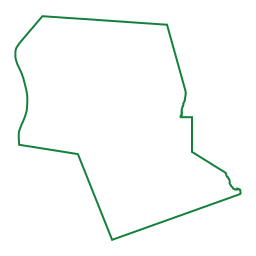 the district of Arauco, La Rioja, Argentina
{"feature_id": "61730980B43357395590927", "entity_name": "Arauco", "entity_type": "district", "adm_level": 2, "iso_a3": "ARG", "parent_name": "Argentina", "parent_adm1": "La Rioja", "projection": "mercator", "projection_center": [-66.591, -28.559], "detail": "fine", "context": "isolated", "style": "outline", "palette": "green", "viewbox_px": 256, "rotation_deg": 0, "n_neighbors": 0, "source": "geoboundaries", "source_scale": "gbopen_adm2", "svg_char_len": 2878}
<svg xmlns="http://www.w3.org/2000/svg" viewBox="0 0 256 256"><path d="M240.0,194.1L239.9,193.8L240.6,193.2L240.6,192.9L240.6,192.5L240.6,192.4L240.5,192.1L240.4,191.8L240.4,191.5L240.4,191.4L240.3,191.0L240.3,190.8L240.3,190.5L240.2,190.2L240.2,189.9L239.7,189.4L239.2,189.5L238.8,189.2L238.5,188.9L238.2,188.8L237.8,188.7L237.7,188.7L237.3,188.6L237.3,189.1L237.3,189.3L237.3,189.5L237.1,189.6L236.8,189.6L236.5,189.6L236.4,189.6L236.1,189.5L236.1,189.4L235.8,189.4L235.7,189.4L235.3,189.5L235.2,189.5L234.9,189.5L234.7,189.4L234.6,189.2L234.1,189.1L233.9,188.9L233.7,188.8L233.4,188.8L233.2,188.6L233.1,188.4L232.9,188.2L232.7,187.8L232.7,187.7L232.5,187.3L232.3,187.1L231.9,186.8L231.8,186.7L231.3,186.2L231.0,185.9L230.7,185.0L230.2,184.4L229.7,183.6L229.5,182.8L229.7,182.2L229.8,181.8L229.7,180.9L229.4,180.1L229.2,179.1L228.5,178.7L228.2,178.2L228.0,177.3L227.5,176.9L227.0,176.6L226.4,175.6L226.1,173.7L225.6,172.8L222.9,171.1L222.6,170.9L219.8,169.2L213.7,165.4L192.0,151.9L192.0,117.2L181.7,117.2L179.9,117.2L180.3,117.1L180.4,116.6L180.9,116.5L181.1,116.4L181.1,115.9L181.1,115.7L181.1,115.4L181.6,115.2L181.4,115.0L181.3,114.7L181.5,114.5L181.6,114.0L181.7,113.8L181.9,113.6L182.1,113.4L182.1,113.2L181.9,112.8L181.6,112.6L181.7,112.4L181.9,112.2L181.8,111.9L181.7,111.6L181.6,111.2L181.8,111.0L181.6,110.7L181.6,110.1L181.7,109.8L181.8,109.4L181.8,109.1L182.1,108.7L182.2,108.3L182.2,108.1L182.3,107.9L182.3,107.3L182.3,107.0L182.3,106.9L182.5,106.7L182.9,106.4L182.9,106.0L183.0,105.8L183.2,105.4L183.4,104.9L183.4,104.5L183.4,104.3L183.3,103.8L183.3,103.5L183.4,103.3L183.5,103.0L183.7,102.8L183.8,102.5L184.0,102.3L184.1,101.9L184.3,101.7L184.5,101.4L184.5,101.1L184.7,100.5L184.6,100.1L184.8,99.7L185.0,99.5L185.1,99.3L185.1,98.8L185.1,98.6L185.0,98.0L185.0,97.8L185.1,97.5L185.2,97.1L185.3,96.8L185.4,96.5L185.5,96.2L185.5,95.8L185.5,95.4L185.6,95.1L185.5,94.7L185.6,94.1L185.6,93.8L185.7,93.6L185.8,93.5L185.8,93.1L185.7,92.4L185.5,92.1L185.5,91.7L185.5,91.3L185.5,91.0L167.0,24.7L166.3,24.7L136.0,22.6L42.4,16.2L35.9,23.8L33.7,26.5L30.2,30.5L19.2,43.5L18.3,44.9L17.4,46.2L16.5,47.6L15.9,49.1L15.5,50.7L15.4,52.3L15.4,54.0L15.4,55.6L15.4,57.2L15.7,58.8L16.1,60.4L16.6,61.9L17.1,63.5L17.7,65.0L18.4,66.5L19.1,67.9L19.8,69.4L20.5,70.9L21.2,72.4L21.8,73.9L22.3,75.4L22.9,76.9L23.4,78.5L23.8,80.0L24.2,81.6L24.6,83.2L25.0,84.8L25.4,86.3L25.8,87.9L26.2,89.5L26.5,91.1L26.8,92.7L27.1,94.3L27.2,95.9L27.3,97.5L27.3,99.2L27.3,100.8L27.3,102.4L27.2,104.1L27.1,105.7L27.0,107.3L26.9,108.9L26.7,110.6L26.4,112.1L25.9,113.7L25.4,115.2L24.9,116.8L24.3,118.3L23.7,119.8L23.1,121.3L22.4,122.8L21.7,124.3L21.1,125.8L20.5,127.3L20.0,128.8L19.4,130.4L18.9,131.9L18.8,133.5L18.8,135.2L18.7,136.8L18.8,138.4L18.9,140.1L19.0,141.7L19.1,143.3L19.2,144.8L77.9,154.1L112.1,239.8L238.6,194.6L238.9,194.5L239.9,194.2L240.0,194.1Z" fill="none" stroke="#15803d" stroke-width="2"/></svg>